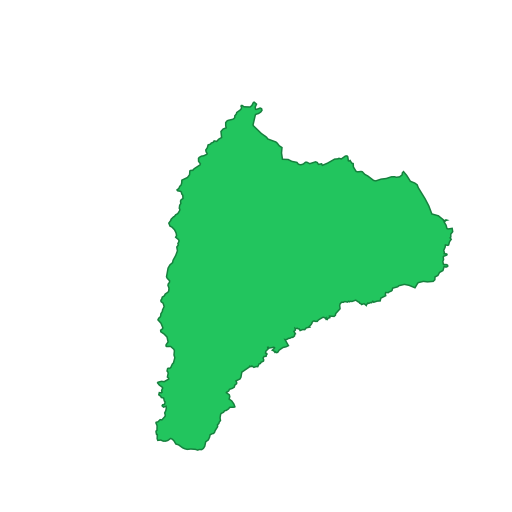 Gile, Zambezia, Mozambique, rotated 238°
{"feature_id": "85939544B5310870224650", "entity_name": "Gile", "entity_type": "district", "adm_level": 2, "iso_a3": "MOZ", "parent_name": "Mozambique", "parent_adm1": "Zambezia", "projection": "natural_earth1", "projection_center": [38.293, -15.881], "detail": "fine", "context": "isolated", "style": "filled", "palette": "green", "viewbox_px": 512, "rotation_deg": 238, "n_neighbors": 0, "source": "geoboundaries", "source_scale": "gbopen_adm2", "svg_char_len": 6124}
<svg xmlns="http://www.w3.org/2000/svg" viewBox="0 0 512 512"><g transform="rotate(238 256 256)"><path d="M144.8,374.0L147.3,378.8L147.3,379.9L145.8,384.5L143.2,387.7L140.6,392.8L141.1,395.1L143.4,396.7L143.1,399.9L144.8,402.9L144.6,406.8L147.4,410.0L145.9,411.2L145.6,413.0L146.5,413.6L147.6,413.2L149.3,410.8L149.9,410.6L152.5,411.6L153.5,413.1L156.0,414.3L156.3,415.1L155.7,418.2L156.1,418.8L156.7,418.8L158.3,416.8L159.1,417.6L161.2,418.1L163.3,421.1L165.0,422.5L163.4,424.3L163.3,425.2L165.6,427.7L166.7,430.4L168.5,430.2L168.9,431.3L171.3,432.7L172.4,435.7L175.5,437.0L177.1,433.3L178.1,432.5L181.5,433.5L184.8,433.5L185.6,435.5L185.2,436.9L186.0,436.2L186.3,433.2L186.6,434.0L187.5,434.0L193.4,432.0L198.5,427.4L207.0,429.1L215.0,429.7L227.9,429.8L231.0,430.4L233.7,429.3L237.6,426.5L244.6,426.5L249.4,425.8L248.9,424.1L247.4,423.0L247.0,419.8L248.4,416.7L249.8,415.5L251.4,412.8L252.7,407.5L254.9,402.8L256.2,397.4L257.7,395.8L264.6,393.2L267.6,391.5L271.1,390.8L272.0,389.9L273.6,386.6L274.8,385.7L279.9,385.8L282.9,387.4L284.0,386.4L287.2,386.4L287.1,385.3L287.9,384.8L291.5,386.4L292.7,386.2L293.4,384.7L293.1,379.8L294.9,378.1L295.0,376.9L296.5,374.0L296.8,366.1L297.7,360.3L299.4,360.5L300.6,357.5L302.8,357.5L304.3,356.4L305.8,350.5L308.6,348.8L309.3,347.6L308.9,344.9L309.6,342.3L311.3,340.6L313.7,340.3L317.3,336.5L320.8,334.4L324.0,329.7L329.8,332.2L334.2,335.5L337.2,334.1L340.5,333.8L342.1,333.3L349.0,328.0L351.1,327.9L357.2,325.4L367.8,322.8L368.8,323.0L375.9,330.1L376.2,331.0L375.5,333.7L375.6,336.4L376.4,338.3L378.0,338.8L379.3,337.9L380.0,334.2L380.6,333.4L382.7,334.2L384.5,336.9L387.4,336.0L387.6,335.2L385.8,332.2L385.5,329.9L388.9,324.9L390.9,324.1L391.4,323.3L391.0,322.7L389.5,322.4L388.8,321.7L388.2,320.1L387.9,315.7L386.8,314.5L386.1,312.3L384.8,311.5L384.2,310.2L384.2,308.9L385.8,304.2L385.9,303.0L385.2,301.0L382.3,299.2L380.5,298.7L381.1,295.4L380.2,292.3L374.7,289.6L374.8,286.2L374.0,283.4L375.8,281.5L375.1,280.2L375.5,277.8L375.0,276.6L375.6,274.3L373.6,272.1L372.5,269.6L370.8,268.9L368.7,268.9L368.3,268.3L368.7,264.7L369.6,262.6L369.7,260.2L369.3,259.0L366.8,257.5L363.6,257.7L362.9,256.8L362.8,250.5L362.6,248.8L362.1,247.8L363.2,246.0L363.2,245.0L360.1,242.7L358.9,239.5L359.6,233.3L357.2,231.6L355.8,229.9L355.5,228.3L354.2,226.4L353.9,224.0L352.8,224.1L350.8,226.3L349.7,226.5L347.8,225.9L346.3,226.1L343.4,224.5L343.4,222.4L342.6,221.1L340.3,220.0L339.5,218.2L337.1,216.2L336.0,216.2L335.0,215.4L333.4,212.1L333.5,209.6L332.7,207.7L332.9,206.8L332.1,203.3L331.4,202.8L330.1,199.5L326.9,198.9L325.2,200.0L321.5,200.8L318.1,200.5L315.4,199.5L314.5,197.8L311.2,198.9L310.0,198.9L309.2,198.4L307.9,196.3L306.5,196.0L305.6,193.6L302.0,192.1L299.0,188.2L296.3,183.4L294.6,181.8L294.1,178.4L292.3,175.0L285.8,169.1L284.1,168.9L280.7,169.6L279.4,168.5L278.9,166.9L277.8,165.8L274.9,165.2L272.6,163.4L272.0,162.3L271.8,158.7L270.8,157.3L270.8,154.7L269.4,153.2L268.9,151.9L267.6,151.3L265.2,152.2L261.8,151.3L259.7,148.0L258.7,147.4L257.4,144.7L255.6,143.3L255.0,142.2L254.8,140.5L253.8,139.0L249.3,139.8L244.6,139.0L243.8,138.2L243.6,135.8L242.2,135.1L238.6,136.7L234.4,137.6L229.7,135.9L228.4,132.8L227.4,132.0L226.6,132.2L224.5,135.7L220.5,136.9L218.9,136.6L215.5,134.0L212.8,133.3L209.1,129.4L208.7,127.8L206.6,124.6L206.5,123.3L207.4,122.0L207.3,121.3L205.6,119.6L204.4,119.8L203.1,119.4L200.3,116.7L198.9,117.2L197.9,116.8L198.1,111.5L199.8,109.4L200.9,106.0L200.6,105.3L197.8,105.6L194.7,106.9L193.5,106.9L192.0,104.7L190.2,104.0L190.1,103.3L191.4,101.6L189.8,100.0L187.5,100.9L186.2,100.7L184.5,102.4L181.6,101.4L180.4,101.6L178.7,99.8L179.3,97.9L178.7,97.0L176.8,97.5L176.3,100.1L174.6,99.4L172.7,97.6L171.3,95.4L169.3,94.8L168.2,93.9L166.9,89.3L168.0,88.0L167.3,84.9L167.9,83.3L167.5,82.7L164.5,82.2L160.6,79.6L160.5,78.5L159.8,78.0L157.4,77.1L156.9,77.7L153.5,75.4L151.7,75.0L150.4,77.7L148.2,79.2L146.9,81.2L146.3,83.4L146.5,87.0L144.8,88.0L142.5,88.5L139.0,88.4L137.0,90.2L132.1,92.2L130.1,93.6L128.4,95.3L126.9,98.4L124.1,102.2L122.3,103.7L122.0,105.3L120.6,107.3L120.7,109.4L121.8,111.7L125.1,114.9L125.3,118.1L127.1,120.8L128.6,122.1L128.6,124.3L128.0,126.0L128.5,127.5L129.5,128.7L131.6,133.0L133.3,133.9L133.6,135.7L134.6,136.7L135.3,138.7L137.7,139.7L140.4,142.0L140.9,143.0L140.7,145.7L141.4,147.3L140.8,148.9L140.9,151.7L141.6,153.5L139.4,157.3L139.3,158.2L142.4,158.8L146.0,158.6L148.9,157.4L150.6,159.2L152.4,159.8L155.8,158.4L156.1,158.8L156.0,161.3L157.0,162.8L156.3,165.7L156.3,168.1L157.7,169.5L158.0,171.9L158.8,172.5L160.7,172.8L160.2,177.2L161.2,179.0L165.0,182.4L165.4,191.4L165.9,192.4L164.8,193.0L164.9,194.2L162.7,195.2L162.2,197.5L161.2,198.8L162.9,201.5L162.5,202.8L163.2,203.8L162.9,206.6L163.8,207.5L165.7,207.9L166.5,209.6L165.6,211.4L166.9,212.7L167.0,213.4L167.7,213.4L168.5,212.6L170.0,213.8L170.9,217.5L171.3,217.0L172.4,217.5L172.2,218.0L171.6,217.8L170.9,218.5L169.2,222.8L168.4,223.2L168.0,222.8L167.5,219.9L166.2,220.8L164.3,221.0L164.5,221.7L163.3,222.0L162.8,223.3L163.9,225.8L164.1,230.4L163.1,233.3L162.8,236.0L169.8,236.3L169.2,236.9L168.8,239.0L169.1,239.7L168.3,241.1L168.1,243.5L167.5,244.0L167.8,246.3L169.1,247.3L169.1,248.2L172.0,248.2L172.3,250.1L174.0,250.8L173.3,251.1L172.9,252.7L171.9,253.1L171.3,254.0L169.4,253.9L168.9,256.6L167.7,258.3L168.4,260.6L167.2,264.0L168.1,263.9L168.6,266.2L169.4,267.9L170.0,268.3L170.4,269.8L170.2,270.9L169.3,271.4L168.1,273.3L168.7,275.0L168.6,280.0L168.1,281.0L166.6,281.8L166.5,282.6L165.9,281.9L165.0,281.9L164.9,282.7L164.4,282.9L165.1,284.0L164.6,286.0L166.1,286.5L163.4,290.2L163.7,292.0L164.9,293.0L166.7,299.3L169.8,300.8L170.9,302.0L171.4,304.2L170.5,305.4L170.3,307.2L168.4,309.2L168.5,310.5L167.6,311.0L167.5,312.3L166.6,313.2L165.7,317.2L162.8,318.4L162.4,319.0L161.1,318.9L159.9,319.7L158.9,319.8L158.3,322.4L155.6,323.3L156.4,324.1L156.4,325.4L156.8,325.9L156.1,326.6L155.7,328.7L155.1,329.3L155.7,331.1L154.4,331.3L153.5,334.9L152.1,337.5L154.1,339.5L153.6,345.0L155.2,345.5L156.3,346.7L154.8,348.7L155.0,350.2L154.6,351.8L154.7,353.1L156.3,354.8L154.8,359.9L155.1,361.4L153.3,366.8L150.1,370.2L144.8,374.0Z" fill="#22c55e" stroke="#15803d" stroke-width="1.5"/></g></svg>